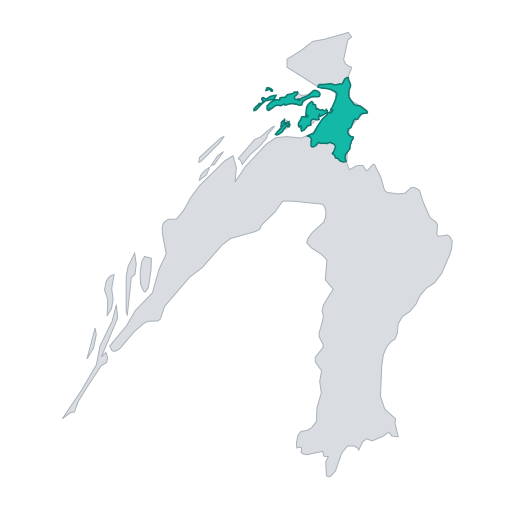 Primorsko-Goranska highlighted on a map of Croatia, rotated 89°
{"feature_id": "HRV-1586", "entity_name": "Primorsko-Goranska", "entity_type": "County", "adm_level": 1, "iso_a3": "HRV", "parent_name": "Croatia", "parent_adm1": "", "projection": "natural_earth1", "projection_center": [14.596, 45.075], "detail": "fine", "context": "in_parent", "style": "filled", "palette": "teal", "viewbox_px": 512, "rotation_deg": 89, "n_neighbors": 0, "source": "natural_earth", "source_scale": "10m", "svg_char_len": 9123}
<svg xmlns="http://www.w3.org/2000/svg" viewBox="0 0 512 512"><g transform="rotate(89 256 256)"><path d="M38.7,156.5L41.5,160.4L61.3,165.0L65.6,162.9L68.2,159.8L68.3,157.8L69.9,157.2L76.9,160.3L98.4,159.9L102.7,157.6L110.7,144.3L113.3,143.1L115.1,143.7L116.3,147.6L119.4,151.3L130.2,160.2L134.3,161.3L138.3,158.8L142.4,158.2L154.1,162.9L164.1,163.7L171.4,161.3L167.7,154.2L167.2,150.5L167.6,147.4L172.7,144.3L172.4,142.9L166.3,137.4L166.6,135.9L179.9,129.7L192.7,126.3L194.8,123.6L196.5,112.0L195.8,105.8L190.5,100.0L190.2,97.1L191.4,94.0L193.4,91.3L204.5,88.1L220.7,81.3L225.6,75.0L228.6,74.0L237.7,74.9L239.6,73.3L238.3,64.3L239.9,62.0L244.6,59.5L252.6,60.4L259.3,62.8L276.7,70.7L286.0,78.1L291.2,86.2L298.3,92.6L307.1,97.0L314.1,103.1L319.3,110.8L326.6,115.1L335.8,116.0L341.7,118.6L344.2,123.0L349.3,126.9L356.9,130.4L368.7,132.3L398.4,134.0L411.5,129.9L421.3,119.2L425.5,120.0L439.2,116.9L438.5,123.2L434.4,126.1L438.7,132.6L442.9,143.3L440.7,148.5L443.5,152.6L451.9,156.7L449.6,157.9L447.7,161.4L447.6,167.8L454.4,173.7L472.4,180.3L477.8,185.6L477.9,187.9L476.9,189.4L463.2,189.9L457.9,187.2L457.5,191.4L452.5,192.8L455.6,208.5L454.5,213.0L452.7,214.5L448.8,213.7L447.8,215.1L448.7,218.5L443.8,218.9L435.8,217.1L432.1,214.1L431.3,208.1L428.7,203.4L422.4,198.5L409.2,197.7L393.8,193.1L382.6,194.5L372.0,192.4L362.9,198.6L358.2,198.5L348.8,190.8L346.1,190.3L338.0,194.2L334.7,194.4L321.2,190.3L316.3,189.6L312.7,191.0L306.2,189.5L290.5,179.5L281.0,187.1L261.3,185.2L255.5,190.5L248.9,200.4L243.6,205.1L238.8,203.4L233.2,199.0L223.4,187.8L218.5,185.8L212.9,185.3L207.9,186.6L205.3,188.8L201.7,219.7L201.6,228.4L212.5,236.4L225.4,250.2L229.5,251.8L231.6,256.4L238.1,281.2L244.6,289.9L266.8,310.1L276.3,323.0L304.7,348.2L317.2,352.7L319.2,355.0L319.4,364.8L320.8,368.5L329.2,378.8L346.3,393.8L348.3,397.3L348.9,399.8L347.9,401.8L343.4,403.8L323.8,386.9L308.4,377.6L291.0,360.2L267.9,353.3L252.2,345.7L232.2,349.2L225.7,349.3L221.1,347.9L217.8,343.2L217.7,334.8L208.5,327.2L195.9,319.9L184.0,310.6L160.1,285.3L155.3,277.2L167.5,274.1L181.7,275.7L166.4,265.0L144.5,244.0L138.0,234.0L137.2,223.4L138.8,208.7L134.9,198.2L118.1,184.6L111.9,177.5L99.6,173.2L94.0,173.7L90.7,178.9L88.2,190.7L67.8,221.7L59.8,221.5L50.9,206.8L42.4,195.6L40.5,183.8L34.1,159.9L38.7,156.5ZM408.9,440.3L409.1,443.9L415.3,452.5L387.7,433.1L361.8,417.4L343.5,413.6L318.5,400.9L302.2,396.5L315.5,395.4L354.1,412.3L349.8,407.8L355.3,406.0L360.0,407.3L363.1,412.8L384.9,427.7L398.7,436.5L408.9,440.3ZM107.2,238.5L106.6,242.2L102.0,237.5L99.7,229.1L94.0,215.5L93.2,211.7L96.2,207.9L96.1,204.0L92.0,192.1L95.4,190.2L97.4,189.9L98.3,198.2L100.1,203.0L105.7,208.8L104.5,218.5L105.7,232.3L107.2,238.5ZM131.6,208.2L122.3,210.2L117.8,206.5L116.7,203.5L109.0,202.6L103.4,196.5L110.0,191.9L113.5,184.5L126.2,199.7L131.6,208.2ZM282.1,371.9L270.1,372.1L259.7,370.4L254.5,367.4L256.4,360.7L268.1,361.2L285.8,364.2L290.2,367.6L288.9,369.2L282.1,371.9ZM313.4,385.8L308.1,386.8L274.2,386.1L264.3,384.1L251.0,377.3L262.1,375.9L272.3,377.3L275.5,381.1L313.4,385.8ZM160.3,269.6L158.3,272.1L139.4,255.2L137.2,249.6L127.8,238.1L126.4,234.9L135.0,242.5L138.2,243.2L146.5,250.6L154.5,260.0L164.2,268.2L160.3,269.6ZM272.1,398.2L286.2,400.9L296.6,399.7L305.9,401.3L313.2,405.9L297.1,404.9L287.4,408.0L278.9,406.3L275.6,404.3L273.3,401.8L272.1,398.2ZM160.4,309.3L161.4,311.6L156.4,310.7L137.8,289.8L135.8,285.7L142.4,290.6L160.4,309.3ZM127.3,220.8L135.1,233.3L128.0,229.4L121.6,228.0L120.2,225.1L122.5,220.5L127.3,220.8ZM345.4,420.1L355.9,426.8L325.2,418.1L331.9,417.1L345.4,420.1ZM174.2,304.3L179.3,311.4L174.5,310.0L169.5,305.6L166.5,300.8L174.2,304.3ZM163.6,295.8L164.8,299.2L155.3,292.8L151.0,286.7L163.6,295.8Z" fill="#d9dde1" stroke="#a8b0b8" stroke-width="1"/><path d="M159.7,165.3L162.8,164.2L163.1,164.6L163.3,165.3L163.5,166.0L163.5,166.4L163.5,166.8L163.4,167.3L163.1,168.3L162.5,170.1L162.2,170.6L161.7,171.0L160.2,172.2L159.8,172.6L159.7,172.9L159.6,173.2L159.7,174.0L159.5,174.5L159.0,174.9L156.6,175.8L156.3,176.0L156.0,176.4L155.1,177.9L154.9,177.9L154.6,177.8L154.0,177.4L153.8,177.0L153.3,176.6L152.5,176.2L150.3,175.5L149.4,175.0L148.8,174.6L148.4,174.5L148.0,174.5L145.4,176.1L145.0,176.9L144.6,178.0L144.5,178.6L144.4,178.9L144.3,179.1L144.1,179.2L143.8,179.4L143.6,179.8L143.7,180.3L144.1,181.3L144.4,181.9L144.6,182.4L144.8,182.9L144.5,184.8L144.5,189.7L144.3,190.2L144.1,190.5L143.8,190.6L143.5,190.8L143.5,191.3L143.7,191.6L146.5,194.1L147.9,196.6L147.9,197.2L147.9,197.8L147.6,198.6L147.3,198.9L146.8,199.0L145.5,199.1L143.4,198.9L142.2,199.1L141.9,199.0L141.7,198.9L141.3,198.5L140.9,198.4L140.3,198.5L137.6,200.1L137.4,200.3L137.3,200.7L137.3,201.9L136.9,202.5L135.0,198.6L134.8,197.0L134.0,195.9L132.8,195.1L128.2,192.8L120.1,187.2L116.2,182.6L115.1,182.1L113.9,180.9L113.3,179.6L114.3,178.7L113.5,177.9L110.7,176.1L112.1,177.5L112.3,177.7L112.1,178.4L111.4,178.8L110.6,178.8L110.0,178.3L108.9,177.3L100.8,173.6L97.9,173.0L96.5,172.3L95.3,172.1L93.9,173.1L92.4,175.3L90.9,178.2L89.9,181.5L89.1,188.1L88.1,191.2L86.3,190.5L86.0,190.2L85.7,189.5L85.6,188.9L85.6,188.1L85.7,187.2L85.7,185.0L85.1,179.7L85.1,178.0L85.2,177.4L85.3,176.9L86.0,175.6L86.3,174.6L86.3,173.9L86.2,172.9L85.5,170.0L85.4,169.1L85.4,168.4L85.6,167.9L85.8,167.3L85.6,167.0L85.0,166.5L80.9,164.4L80.3,163.8L79.6,162.8L79.3,162.1L79.2,161.6L79.3,160.7L79.5,160.7L81.4,160.4L85.0,158.9L87.0,158.4L88.6,158.8L91.6,160.0L95.1,160.5L98.6,160.3L101.5,158.8L102.9,157.6L105.8,155.7L106.8,154.1L107.2,152.7L107.5,150.6L107.6,150.2L108.0,149.0L108.7,148.0L110.6,146.1L111.4,145.1L112.4,143.2L113.0,142.6L113.4,142.5L114.2,142.1L115.1,142.5L115.2,144.0L115.2,145.8L115.2,147.1L115.9,148.3L116.9,149.2L119.5,151.0L120.0,151.2L120.5,151.4L120.5,151.5L120.9,152.0L121.1,152.7L120.8,154.4L120.8,154.9L122.3,156.0L129.3,158.8L130.5,161.5L133.7,162.1L136.9,161.0L138.3,158.8L138.6,156.8L140.0,156.7L141.7,157.7L143.0,158.8L144.1,158.9L144.8,159.0L145.6,159.4L146.4,160.0L150.0,160.1L150.8,160.6L156.3,164.8L159.7,165.3ZM109.2,238.3L108.7,239.2L108.8,239.9L109.3,240.2L110.2,239.7L110.7,241.0L110.2,241.7L109.7,242.2L109.1,242.5L108.3,242.3L106.1,242.3L102.7,238.8L100.1,234.0L100.4,229.7L100.0,229.7L99.8,229.5L99.6,229.3L99.3,229.1L98.6,229.5L98.2,228.8L97.9,227.6L97.8,224.5L97.7,223.6L97.3,223.2L96.5,223.1L95.3,221.9L94.1,216.1L92.6,214.7L92.7,214.3L92.7,214.0L93.1,213.4L92.5,211.7L93.1,211.4L94.9,212.0L95.5,212.4L96.8,214.3L97.5,214.7L98.8,214.7L99.6,214.7L100.1,214.1L100.4,212.7L100.1,212.2L99.7,210.7L99.8,209.7L100.9,210.8L101.4,210.1L99.9,208.9L98.8,207.2L96.6,201.4L96.1,200.6L92.1,196.3L91.4,195.1L91.4,193.7L92.2,191.7L93.0,190.4L94.1,189.5L95.5,189.1L97.3,189.8L97.9,190.9L97.6,194.7L97.8,197.0L98.3,198.7L99.7,202.2L101.5,205.6L101.9,206.2L102.9,206.9L104.6,207.1L105.6,207.5L106.1,208.7L105.9,210.4L105.3,212.1L104.5,213.4L105.0,214.1L104.3,215.7L104.2,217.1L104.5,220.2L105.5,223.1L105.6,224.6L104.5,225.2L104.9,226.3L105.8,227.7L106.1,228.4L106.1,229.5L105.7,230.6L105.6,231.8L106.0,233.9L107.0,235.4L108.2,236.8L109.2,238.3ZM125.0,211.4L123.7,211.1L120.1,208.8L117.9,208.0L117.5,207.3L117.5,205.8L117.7,202.4L117.3,201.6L115.9,202.2L115.9,202.9L117.0,203.6L115.0,203.7L108.9,202.9L107.0,202.3L105.1,200.9L103.5,199.2L102.5,197.6L103.1,196.8L103.7,196.4L104.5,196.3L105.3,196.3L105.6,195.9L105.6,195.0L105.7,194.1L106.4,193.7L109.2,193.6L110.4,193.1L109.7,191.7L110.7,190.4L111.1,189.7L111.3,188.8L111.1,188.1L110.8,187.4L110.9,186.7L111.8,185.8L111.9,184.8L111.8,183.9L111.4,183.4L110.7,183.2L111.8,182.2L112.9,182.1L115.4,183.2L114.6,183.2L114.3,183.2L114.5,183.9L114.7,184.5L115.0,184.9L115.4,185.2L116.5,187.0L117.5,189.2L115.5,190.0L116.6,190.7L119.0,191.0L120.6,190.5L121.0,192.2L120.1,195.6L120.6,197.6L121.6,198.5L122.9,198.9L126.3,199.0L126.3,201.7L130.8,205.5L131.9,208.1L131.5,208.1L130.6,208.7L129.6,208.9L128.7,208.7L127.8,208.1L126.8,208.8L126.8,209.4L127.8,210.3L127.5,210.9L126.4,211.2L125.0,211.4ZM126.3,227.2L126.3,227.9L126.5,228.4L127.3,229.1L126.3,228.5L125.1,228.2L124.0,228.2L123.2,228.4L120.1,225.2L121.0,225.2L121.9,225.2L122.9,225.4L123.7,225.8L123.7,225.2L123.4,224.9L123.4,224.7L123.3,224.4L123.2,223.9L124.4,224.8L124.8,225.2L125.3,225.2L124.3,223.3L123.7,222.5L122.6,221.9L122.5,221.6L122.2,220.6L123.8,220.8L125.3,221.2L125.1,220.9L124.8,219.9L126.2,220.0L127.3,220.7L127.5,221.7L126.3,222.6L126.3,223.1L126.9,223.5L129.8,226.1L131.7,227.1L132.5,227.8L134.7,231.1L135.3,233.0L134.6,234.4L132.4,232.7L128.8,228.9L126.3,227.2ZM104.0,247.5L110.1,253.5L110.7,255.4L109.0,255.5L107.0,253.8L104.5,250.8L103.4,250.1L103.4,249.5L105.0,249.9L105.5,250.1L103.4,247.6L102.3,246.8L100.9,246.2L100.3,247.2L99.5,247.6L98.6,247.4L97.8,246.8L97.8,246.2L98.3,246.2L98.2,246.0L97.9,245.5L99.2,243.9L98.7,242.1L96.7,239.0L96.4,237.7L95.8,234.7L95.7,233.1L97.2,234.0L99.1,234.8L100.4,236.1L99.8,238.3L100.2,239.1L100.5,240.7L100.9,243.3L101.3,244.2L104.0,247.5ZM88.8,238.4L90.4,236.6L91.5,236.8L91.5,237.8L91.0,238.4L90.0,238.6L89.9,238.7L89.8,238.8L89.7,239.2L89.8,239.7L89.7,240.2L89.7,240.7L89.9,241.0L90.4,241.8L90.8,243.1L90.3,243.2L89.4,242.6L88.4,242.4L87.9,241.8L88.0,240.9L88.1,240.2L88.8,238.4Z" fill="#14b8a6" stroke="#0f766e" stroke-width="1.5"/></g></svg>